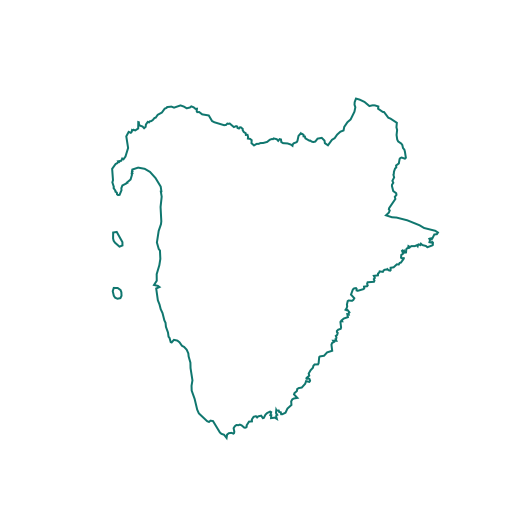 Kinondoni, Dar-Es-Salaam, United Republic of Tanzania (orthographic projection), rotated 199°
{"feature_id": "72390352B66429416458525", "entity_name": "Kinondoni", "entity_type": "district", "adm_level": 2, "iso_a3": "TZA", "parent_name": "United Republic of Tanzania", "parent_adm1": "Dar-Es-Salaam", "projection": "orthographic", "projection_center": [39.159, -6.719], "detail": "fine", "context": "isolated", "style": "outline", "palette": "teal", "viewbox_px": 512, "rotation_deg": 199, "n_neighbors": 0, "source": "geoboundaries", "source_scale": "gbopen_adm2", "svg_char_len": 6122}
<svg xmlns="http://www.w3.org/2000/svg" viewBox="0 0 512 512"><g transform="rotate(199 256 256)"><path d="M410.9,344.3L408.9,338.2L411.1,335.4L412.9,335.5L413.4,334.7L414.2,334.8L414.0,332.8L414.5,331.7L416.8,331.9L417.6,326.9L412.1,316.5L411.8,307.5L412.8,304.3L414.2,304.6L414.4,302.2L416.7,300.9L415.9,300.6L416.1,300.1L417.2,299.6L417.5,298.5L418.7,297.3L420.4,291.6L415.9,281.1L415.8,278.9L412.9,275.0L412.8,273.9L410.1,271.9L409.9,271.1L408.2,270.6L407.5,269.1L406.3,268.7L404.9,269.4L404.6,274.4L405.4,276.3L405.3,279.2L402.3,282.3L402.1,283.1L401.5,283.3L401.7,283.8L399.5,287.5L399.7,292.3L400.3,293.3L399.8,293.8L400.3,294.2L400.3,295.5L400.8,295.4L401.1,297.5L396.2,301.2L389.6,302.2L383.6,301.0L376.4,297.0L368.7,290.6L366.5,286.3L367.0,286.0L364.5,281.4L362.2,271.3L356.8,257.9L356.2,255.1L356.2,248.1L354.1,236.5L350.2,230.9L348.6,229.9L345.5,222.1L344.4,215.8L344.0,206.5L341.8,200.3L343.0,195.4L339.0,195.8L337.2,195.2L339.8,192.8L334.4,182.2L331.5,178.8L328.8,174.7L325.8,171.6L321.7,165.3L319.8,163.4L318.1,159.7L314.3,155.0L312.4,151.2L311.1,150.4L308.6,146.8L307.6,146.8L306.3,150.0L302.8,150.4L300.2,149.5L296.8,147.0L294.3,146.6L291.0,144.8L288.3,141.9L287.0,139.1L283.3,133.8L281.4,128.7L275.6,117.7L274.7,112.3L273.0,107.8L267.5,100.9L261.6,91.6L258.8,88.6L248.4,83.9L246.4,83.8L245.4,85.5L242.9,85.9L232.7,77.4L230.8,76.6L228.0,76.6L224.6,74.4L225.2,77.7L224.0,79.6L221.6,80.8L219.5,80.7L219.1,81.4L219.3,82.8L221.1,85.9L220.6,88.1L219.5,89.8L217.5,90.3L216.4,91.3L214.5,91.2L211.2,89.9L209.9,90.3L209.2,91.4L209.7,92.8L208.7,97.1L206.0,98.3L206.7,100.1L205.9,103.2L203.9,104.5L202.4,103.7L201.7,105.1L199.1,106.7L196.7,104.9L195.9,105.5L195.4,109.1L194.3,111.2L192.0,113.5L190.8,113.3L190.6,110.2L189.7,110.4L189.0,107.6L185.6,109.3L183.3,108.8L184.6,110.7L184.9,112.0L184.2,112.7L186.0,114.1L186.7,117.0L186.3,116.6L184.2,117.3L183.2,116.0L181.7,116.3L180.7,114.6L179.7,114.9L177.1,117.4L176.6,122.0L174.0,126.7L175.4,130.0L175.0,132.3L173.8,133.6L170.7,135.3L175.0,137.5L175.0,138.9L173.4,141.6L173.7,143.7L172.5,145.1L169.9,146.5L167.9,151.2L167.9,154.0L164.6,154.3L164.3,155.1L164.3,155.8L165.5,157.2L166.7,157.3L167.8,156.4L168.4,156.5L168.5,157.2L166.7,160.2L167.9,162.0L167.2,165.7L165.8,168.9L166.0,170.9L165.3,172.5L162.1,173.7L161.9,175.0L163.3,181.0L162.8,181.9L159.2,183.8L157.4,188.0L153.1,191.2L155.8,196.7L155.7,198.6L154.3,200.1L155.4,201.0L152.4,202.0L153.6,203.2L153.2,203.5L153.5,205.3L154.5,206.4L153.6,207.8L153.7,209.9L154.7,210.4L155.1,211.4L154.3,213.1L151.7,215.1L152.2,214.8L152.3,216.2L154.7,221.1L154.6,221.8L153.2,222.3L154.0,223.2L152.6,225.5L149.2,228.1L150.7,230.7L149.3,230.9L149.9,231.7L149.3,233.1L151.8,234.7L152.6,234.2L153.8,234.3L153.3,236.0L153.4,238.2L154.2,239.6L154.6,243.2L153.9,244.1L150.6,244.9L149.7,246.1L149.3,248.1L153.6,250.4L153.5,255.9L152.7,257.3L151.0,258.2L150.2,257.7L149.7,256.2L148.5,256.2L143.7,259.6L143.1,260.5L143.9,262.2L141.1,263.6L140.8,264.5L141.9,265.9L141.9,267.5L136.1,270.0L136.0,271.3L137.1,272.5L136.5,274.0L138.1,275.6L134.4,277.4L134.9,279.1L134.1,280.5L134.1,281.7L130.9,282.3L130.6,284.0L129.6,285.1L127.9,285.7L127.6,286.4L126.0,285.7L124.4,285.8L124.1,286.4L124.9,288.7L122.2,290.1L120.1,294.0L118.3,294.4L117.9,296.2L116.8,297.0L115.4,301.7L115.6,302.1L117.6,301.3L118.3,301.6L119.0,304.3L117.8,305.9L117.9,306.6L119.6,308.4L119.3,308.9L118.3,308.3L117.8,309.2L117.0,308.3L116.1,308.7L116.1,307.8L115.3,308.2L116.1,311.3L115.7,312.4L114.3,313.3L114.9,313.7L115.1,315.0L113.3,314.6L112.3,315.9L109.1,317.0L107.5,318.5L106.3,317.8L106.4,319.5L105.9,320.0L104.3,319.8L104.1,321.3L102.3,320.5L98.6,320.8L96.8,320.1L92.9,323.3L92.4,324.0L93.1,326.3L94.1,326.7L94.2,325.8L96.5,325.5L96.7,327.9L97.7,328.7L96.9,329.4L95.5,329.2L95.5,329.9L95.0,329.9L94.4,334.4L92.1,335.5L91.6,337.4L94.7,338.2L106.2,337.2L111.4,338.3L124.6,339.0L135.6,338.1L140.1,336.9L146.3,336.8L144.5,340.3L144.4,342.6L145.6,343.4L145.7,344.7L142.8,355.3L144.0,357.1L143.1,359.5L143.9,361.0L147.4,362.1L150.3,366.5L150.6,367.7L150.0,369.9L151.5,371.5L151.0,375.3L152.5,377.5L152.8,377.2L152.4,378.3L153.0,380.6L153.0,384.0L152.2,385.4L153.0,387.2L151.1,390.0L151.8,394.5L151.4,395.6L150.4,396.5L146.9,396.5L146.3,397.7L149.1,403.0L150.3,404.8L152.2,406.0L153.8,408.6L155.3,409.6L158.9,410.6L160.4,412.1L162.5,416.2L163.6,421.1L165.1,423.4L166.2,427.8L173.6,429.7L175.9,429.8L181.8,433.8L183.1,433.5L188.5,435.0L189.0,437.2L192.7,437.1L194.9,436.4L197.6,434.7L203.6,437.0L208.9,437.6L212.7,437.4L212.8,433.6L212.1,431.1L210.5,429.0L209.9,424.5L211.0,415.9L213.1,412.3L214.6,406.8L214.1,403.2L216.7,401.0L218.8,397.2L220.0,393.0L222.0,390.6L224.0,384.1L227.6,385.1L228.8,387.4L232.3,389.1L236.0,387.0L237.2,383.5L238.9,382.4L240.5,382.3L242.5,382.8L243.0,382.4L247.6,383.3L248.7,384.9L250.0,384.6L250.5,386.0L252.0,386.5L253.0,386.1L253.6,386.6L254.9,383.4L254.3,378.4L254.6,376.9L257.1,374.8L257.6,373.4L257.4,372.1L259.3,372.7L262.8,372.7L267.2,371.5L269.2,372.0L270.3,374.3L271.7,374.2L272.5,372.1L274.4,373.2L277.6,372.9L278.0,372.0L279.2,371.7L280.8,370.4L282.6,367.5L286.0,365.2L288.6,364.2L290.0,362.9L291.9,362.2L293.9,359.9L297.0,361.2L297.8,364.1L299.7,364.8L301.9,364.4L302.3,366.1L303.5,367.8L305.0,367.2L305.7,368.7L308.0,369.3L309.6,370.7L309.9,371.8L312.1,372.7L313.0,372.5L313.6,371.0L315.1,371.0L315.9,372.3L317.1,372.3L318.9,370.7L324.0,372.7L325.0,372.0L326.2,371.9L327.0,370.2L328.7,369.3L339.0,368.9L341.5,369.3L346.4,373.5L353.0,372.4L356.5,373.6L358.4,372.9L359.3,373.7L359.8,376.0L361.1,375.4L363.4,376.3L365.9,376.4L366.8,374.9L369.6,373.1L372.9,373.8L376.4,373.8L381.8,369.6L384.6,369.7L388.5,367.9L388.8,366.9L390.3,365.6L391.7,361.0L394.9,357.5L395.9,354.1L396.9,353.5L397.8,351.1L398.9,349.5L400.3,348.7L400.7,347.5L402.0,347.6L402.9,344.5L402.4,342.2L403.4,340.4L405.4,341.5L408.4,341.5L409.6,342.6L410.3,344.3L410.9,344.3ZM398.7,231.7L396.9,226.2L395.6,224.1L393.7,222.7L388.1,220.4L385.7,222.5L386.8,225.6L395.5,233.4L398.7,231.7ZM380.1,179.5L380.0,176.1L377.5,172.1L375.6,170.7L373.1,170.5L370.5,172.0L370.2,174.6L371.5,177.9L373.0,179.7L376.3,180.7L380.1,179.5Z" fill="none" stroke="#0f766e" stroke-width="2"/></g></svg>